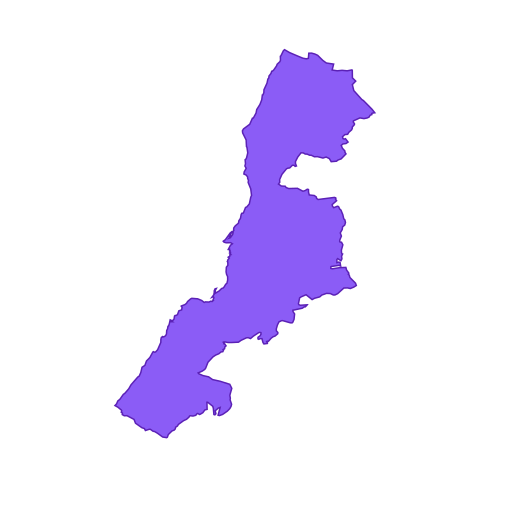 Toliary-II, Atsimo-Andrefana, Madagascar, rotated 36°
{"feature_id": "10022922B75767771564463", "entity_name": "Toliary-II", "entity_type": "district", "adm_level": 2, "iso_a3": "MDG", "parent_name": "Madagascar", "parent_adm1": "Atsimo-Andrefana", "projection": "natural_earth1", "projection_center": [43.811, -23.281], "detail": "fine", "context": "isolated", "style": "filled", "palette": "violet", "viewbox_px": 512, "rotation_deg": 36, "n_neighbors": 0, "source": "geoboundaries", "source_scale": "gbopen_adm2", "svg_char_len": 6105}
<svg xmlns="http://www.w3.org/2000/svg" viewBox="0 0 512 512"><g transform="rotate(36 256 256)"><path d="M237.0,277.8L238.7,280.1L238.6,282.5L241.1,286.4L242.9,288.1L245.2,289.4L247.2,292.1L248.5,295.1L248.1,296.7L248.4,299.7L248.2,301.3L247.3,302.5L246.7,306.0L244.7,310.7L244.2,311.0L244.1,308.8L243.3,308.0L243.0,305.6L242.2,306.6L242.6,308.6L244.7,311.7L244.6,315.3L245.5,313.9L246.5,314.6L247.1,317.0L247.6,317.0L247.2,318.7L246.1,319.0L245.0,320.9L242.0,322.9L241.4,324.0L238.2,323.9L234.0,324.9L228.9,328.0L228.3,329.2L227.4,333.0L227.6,335.1L227.1,337.0L224.6,340.9L225.1,340.6L226.4,341.0L227.5,343.3L225.8,345.7L226.9,349.5L226.4,350.9L225.5,351.7L225.4,352.5L226.8,355.3L226.3,358.3L227.0,358.3L226.0,359.0L225.7,357.8L224.1,358.1L225.8,362.0L226.4,364.0L226.1,364.6L227.3,367.0L227.5,368.7L229.4,371.7L229.7,373.5L229.3,374.9L228.3,376.3L227.8,376.1L227.3,377.5L228.0,379.3L229.8,381.9L231.5,389.7L231.2,392.6L230.3,393.6L229.2,393.7L229.0,394.3L229.8,400.5L229.1,405.3L230.4,409.8L229.2,413.0L231.3,418.0L232.1,421.8L231.5,423.4L230.6,433.7L231.1,438.1L230.6,444.2L230.0,445.9L230.1,451.9L229.4,454.5L230.1,457.6L229.8,459.9L233.3,459.5L237.7,459.8L238.4,460.2L238.8,461.6L240.3,461.6L241.0,462.9L243.3,462.7L245.5,461.0L253.4,459.9L256.8,462.1L264.6,462.0L267.2,461.2L269.1,462.2L271.5,458.9L272.5,458.3L275.7,458.3L277.2,457.6L280.6,457.3L286.9,457.3L290.5,455.5L290.8,454.7L290.0,452.0L290.9,446.9L292.2,444.8L292.3,443.3L291.6,441.8L292.4,439.7L292.2,437.9L294.2,431.8L295.8,428.9L296.5,425.7L296.3,424.6L296.7,423.9L299.1,422.5L300.9,420.3L301.0,418.1L301.5,417.6L303.5,417.4L304.0,416.6L305.1,414.0L305.1,410.6L306.6,408.8L302.3,403.2L303.0,402.7L309.3,403.0L311.0,404.3L315.1,409.0L316.1,408.7L316.3,407.2L314.0,405.2L314.9,401.2L316.0,399.6L318.9,407.1L320.2,406.6L322.1,403.8L324.0,398.4L324.5,394.8L324.2,392.3L323.4,390.3L319.6,387.6L318.8,386.1L316.7,384.1L314.2,377.3L310.2,375.2L300.4,378.5L293.5,381.5L288.7,381.6L283.4,383.9L279.0,384.9L277.9,384.6L280.1,380.9L281.2,377.9L281.2,376.3L279.6,370.2L280.5,362.9L281.6,359.9L283.4,356.9L284.1,354.2L285.4,352.9L285.0,351.0L284.4,350.9L285.1,349.5L284.2,347.7L284.6,346.3L281.9,345.3L281.9,345.9L281.5,345.9L280.8,344.9L279.7,345.3L281.3,343.8L284.1,342.5L286.8,340.6L292.5,336.0L293.5,333.0L296.3,327.9L297.6,326.7L300.1,326.0L301.0,322.3L303.2,316.5L303.9,315.6L305.0,315.1L306.0,316.3L306.2,318.0L305.4,320.6L306.3,321.9L307.2,321.8L308.0,320.4L309.4,319.4L312.5,321.9L314.1,322.5L316.6,320.1L316.4,319.5L314.9,319.0L315.0,318.6L316.2,317.6L316.6,313.5L317.3,311.3L318.5,309.5L319.3,306.1L318.6,305.0L316.5,304.6L315.3,303.1L313.9,299.2L313.3,295.8L314.7,293.3L315.6,292.6L323.0,289.9L324.5,288.9L324.7,287.9L324.0,284.9L321.3,280.2L318.6,279.2L317.7,278.2L324.1,271.1L325.0,268.7L325.7,268.3L326.1,266.2L326.1,265.4L320.8,269.8L319.3,270.2L318.4,269.7L315.9,264.2L316.6,262.4L319.3,257.9L327.0,258.3L328.2,255.8L331.6,251.6L332.2,248.9L335.0,244.8L338.2,242.7L341.5,242.1L342.8,241.1L344.2,238.5L345.9,230.3L348.8,228.0L351.4,226.9L353.4,223.7L354.5,220.9L352.5,219.5L344.6,218.2L342.6,216.6L341.4,216.5L341.2,215.3L337.5,214.1L335.4,212.4L330.6,216.2L325.4,221.4L323.8,222.1L322.9,220.8L323.0,220.3L328.5,214.9L330.3,214.3L327.8,211.8L326.6,212.2L325.3,213.8L323.5,211.3L323.6,210.1L327.5,209.9L327.2,207.8L325.3,205.8L324.9,203.5L324.2,203.7L323.1,202.9L321.6,201.0L319.7,195.9L317.1,194.6L315.8,195.3L315.2,195.1L314.4,193.9L313.4,189.7L310.6,187.8L310.2,183.9L308.9,181.5L309.6,178.8L308.7,176.3L306.6,174.5L305.1,174.3L301.9,171.5L297.7,168.9L296.4,168.9L293.7,167.5L292.6,167.9L290.5,171.2L288.5,170.7L287.4,169.6L288.7,163.9L286.8,163.2L286.8,162.5L286.3,162.1L285.0,162.5L273.0,173.8L271.2,173.8L270.1,172.8L267.6,172.8L263.2,175.3L261.0,173.5L259.4,171.4L258.8,171.5L258.2,171.9L257.3,174.2L255.9,176.0L249.7,176.9L242.8,182.2L240.1,182.9L238.6,182.4L235.4,184.5L231.9,184.6L231.9,182.4L230.2,180.3L229.0,174.7L229.4,167.6L230.0,166.4L231.5,164.9L232.1,161.2L233.6,160.2L235.0,160.5L235.8,159.4L233.5,157.9L232.4,156.3L231.6,151.3L231.8,146.0L233.7,144.8L235.9,144.6L237.5,143.5L240.0,143.0L241.5,142.0L244.9,141.4L247.3,139.5L252.6,137.4L254.6,134.7L258.1,134.1L261.4,135.5L265.4,132.0L266.0,130.0L267.8,127.4L268.8,120.5L267.0,119.8L266.2,118.8L262.5,118.0L259.9,116.4L260.5,114.2L262.7,112.1L263.5,109.7L259.4,108.5L258.7,109.5L257.4,109.9L255.9,108.7L256.5,105.6L258.6,103.7L258.4,101.4L259.2,97.8L258.9,96.2L258.1,95.1L258.4,91.9L257.9,91.1L255.9,90.4L255.4,89.4L258.9,83.2L262.6,81.4L264.8,79.0L265.8,77.2L265.6,75.0L266.6,73.5L266.0,72.9L266.0,72.2L267.9,70.3L263.7,69.1L251.6,67.1L249.6,67.2L237.9,64.7L233.2,60.7L233.9,55.9L229.3,55.2L224.7,49.1L224.2,49.1L220.9,52.6L216.5,55.2L212.9,58.4L208.3,60.8L206.0,55.1L199.5,58.5L195.1,58.5L187.9,57.4L184.9,58.0L181.7,59.2L179.5,60.9L182.2,65.3L180.8,66.9L177.7,68.4L171.9,69.8L163.6,71.7L157.8,72.3L157.5,73.8L158.5,79.4L158.3,80.1L160.7,83.2L161.1,84.7L160.4,88.4L160.9,90.3L161.0,95.1L160.6,96.9L160.1,97.3L160.8,99.5L160.7,102.7L161.7,104.5L161.6,105.9L163.3,109.7L164.7,116.8L166.3,119.2L166.9,121.6L166.5,122.0L168.8,126.2L170.1,131.1L170.5,137.1L172.0,140.3L172.7,145.5L172.6,146.3L172.1,146.6L173.5,153.1L171.2,160.5L171.4,162.7L172.9,164.3L179.8,167.9L184.0,173.1L184.7,173.3L188.7,177.4L190.6,182.0L190.9,183.4L190.6,184.5L193.3,187.6L194.1,189.7L196.5,190.8L197.0,194.9L198.0,196.8L200.5,196.3L202.8,197.0L203.6,198.1L205.4,199.2L206.4,201.1L212.3,204.8L216.8,209.6L217.2,211.5L220.0,217.8L219.7,221.7L219.0,222.9L220.4,228.2L220.4,228.9L219.4,229.8L219.6,231.1L221.3,234.7L221.4,237.5L222.5,239.8L221.5,243.8L221.5,246.2L222.1,247.5L223.0,248.2L223.2,250.9L223.8,250.7L224.5,252.4L224.5,256.3L223.8,257.3L223.9,256.2L223.6,255.5L223.1,255.6L223.4,255.1L222.6,252.8L222.4,249.6L221.6,252.4L221.6,260.8L220.8,263.3L222.1,263.6L224.2,262.8L227.6,260.2L229.7,260.0L229.0,262.3L229.7,266.9L230.7,266.1L231.2,267.0L231.7,266.9L231.8,267.6L232.8,267.8L232.8,269.0L233.7,268.7L233.8,269.6L234.8,269.7L234.2,270.4L234.9,271.5L234.2,273.3L235.6,273.4L235.5,276.0L236.1,276.7L236.0,277.3L237.0,277.8Z" fill="#8b5cf6" stroke="#5b21b6" stroke-width="1.5"/></g></svg>